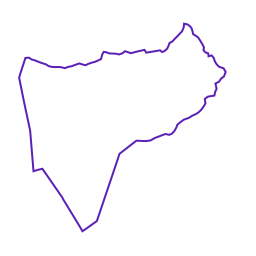 Serrolândia, Bahia, Brazil (Albers equal-area conic projection), rotated 264°
{"feature_id": "56859067B30551948339196", "entity_name": "Serrolândia", "entity_type": "district", "adm_level": 2, "iso_a3": "BRA", "parent_name": "Brazil", "parent_adm1": "Bahia", "projection": "albers", "projection_center": [-40.233, -11.447], "detail": "fine", "context": "isolated", "style": "outline", "palette": "violet", "viewbox_px": 256, "rotation_deg": 264, "n_neighbors": 0, "source": "geoboundaries", "source_scale": "gbopen_adm2", "svg_char_len": 1598}
<svg xmlns="http://www.w3.org/2000/svg" viewBox="0 0 256 256"><g transform="rotate(264 128 128)"><path d="M30.1,72.0L38.7,87.3L95.1,113.2L100.5,115.6L103.3,116.9L114.5,135.0L114.0,138.4L113.6,141.1L113.1,144.7L113.3,149.2L115.3,153.7L116.4,158.1L117.4,161.5L118.1,164.8L116.9,168.2L117.7,170.9L120.0,173.7L123.2,176.0L126.0,177.4L128.2,180.5L130.4,184.3L131.2,187.5L131.9,190.1L133.4,192.9L134.9,197.4L136.6,200.4L138.6,202.9L141.2,205.2L144.3,207.6L148.8,207.4L150.8,210.6L151.1,214.4L151.2,217.3L154.6,218.4L157.8,220.2L160.5,219.9L163.1,219.6L164.5,223.3L167.5,225.9L169.2,228.8L173.5,231.0L177.4,229.3L179.4,224.9L182.0,222.9L185.0,221.4L188.5,220.7L191.4,218.8L190.9,215.6L193.8,215.6L195.2,212.8L197.6,211.2L200.1,212.0L203.9,210.6L207.8,208.7L210.7,207.2L213.0,204.6L214.5,202.6L217.2,202.3L220.3,201.7L222.7,200.4L224.8,198.0L225.9,194.7L222.2,193.9L218.4,191.8L216.4,189.4L213.7,186.2L211.6,183.6L209.6,181.4L208.1,178.1L205.7,177.0L202.7,175.2L200.7,172.3L200.0,169.9L201.9,168.0L201.6,163.3L201.0,154.1L204.0,152.5L202.9,143.8L202.1,138.6L204.7,133.1L202.9,130.3L202.1,126.8L203.2,123.4L203.8,119.5L204.2,117.0L205.4,114.8L206.3,111.9L203.9,110.1L199.4,108.4L198.3,105.4L197.4,102.6L196.8,99.0L195.9,95.1L194.9,92.4L196.0,89.2L197.3,86.4L196.4,82.5L195.3,78.2L195.0,74.7L194.1,71.5L195.3,68.4L196.0,64.9L196.2,61.8L196.8,58.4L197.8,55.6L199.9,53.0L201.5,49.3L203.6,45.1L205.3,41.9L206.1,39.5L208.3,36.8L208.4,33.3L192.9,26.4L189.4,25.0L166.0,27.2L135.6,30.4L94.9,29.5L95.8,33.9L96.4,38.6L65.7,55.4L63.4,56.3L37.2,68.7L30.1,72.0Z" fill="none" stroke="#5b21b6" stroke-width="2"/></g></svg>